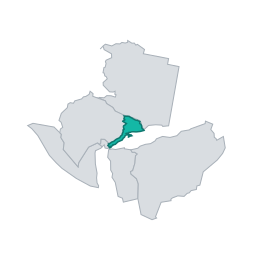 Eritrea highlighted among its neighbors, rotated 100°
{"feature_id": "ERI", "entity_name": "Eritrea", "entity_type": "country or territory", "adm_level": 0, "iso_a3": "ERI", "parent_name": "Africa", "parent_adm1": "", "projection": "robinson", "projection_center": [39.36, 15.191], "detail": "fine", "context": "with_neighbors", "style": "filled", "palette": "teal", "viewbox_px": 256, "rotation_deg": 100, "n_neighbors": 6, "source": "natural_earth", "source_scale": "50m", "svg_char_len": 5427}
<svg xmlns="http://www.w3.org/2000/svg" viewBox="0 0 256 256"><g transform="rotate(100 128 128)"><path d="M139.9,222.4L139.9,201.0L145.8,192.5L149.1,192.4L153.7,188.3L160.4,188.0L175.0,170.4L170.6,170.5L153.7,163.5L147.9,155.4L150.9,150.1L152.6,151.2L156.0,156.1L158.5,156.1L169.0,153.9L177.9,150.6L182.5,150.3L187.5,148.9L190.0,146.9L191.9,146.8L191.7,155.0L186.7,170.0L179.2,186.0L174.8,192.6L168.7,200.6L151.0,215.6L145.3,222.7L143.0,227.2L139.9,222.4Z" fill="#d9dde1" stroke="#a8b0b8" stroke-width="1"/><path d="M55.1,169.1L51.2,166.5L49.4,164.8L50.0,158.2L47.1,154.5L46.6,150.6L44.8,148.9L44.8,145.5L43.7,143.2L41.9,143.5L43.8,138.9L43.3,136.5L45.0,134.7L44.0,133.3L47.8,125.4L52.2,125.8L52.6,100.1L58.4,100.1L58.7,88.4L118.8,88.4L120.4,94.1L119.3,95.2L120.0,101.2L121.9,108.2L126.6,111.8L124.0,115.2L120.3,116.1L118.6,117.9L115.9,130.4L116.4,132.8L115.6,137.8L113.5,143.6L110.4,146.5L107.6,153.4L105.2,155.0L103.6,161.2L103.7,166.4L103.6,161.9L102.9,161.7L102.4,156.8L99.8,154.5L99.2,150.3L99.8,145.9L97.4,145.5L97.1,146.8L94.0,147.1L95.2,148.9L95.6,152.4L90.2,159.8L87.5,160.4L83.2,157.0L81.3,158.2L80.7,159.9L78.1,161.0L77.9,162.2L72.7,162.2L72.0,161.0L68.3,160.8L66.5,161.8L65.0,161.3L61.6,156.3L57.8,157.1L55.0,165.1L51.6,166.8L55.1,169.1Z" fill="#d9dde1" stroke="#a8b0b8" stroke-width="1"/><path d="M195.9,106.0L201.8,119.7L198.1,121.3L197.1,125.9L183.8,131.1L179.3,135.2L175.5,135.2L172.5,137.7L163.6,139.4L160.4,142.9L152.7,143.3L151.3,139.8L151.4,136.6L148.1,128.1L149.1,127.9L149.0,121.5L151.2,119.6L150.7,117.2L152.0,114.3L154.1,115.8L161.4,115.1L169.2,116.0L170.5,118.0L172.9,117.0L176.5,110.8L181.2,108.2L195.9,106.0Z" fill="#d9dde1" stroke="#a8b0b8" stroke-width="1"/><path d="M109.5,45.2L115.1,46.2L118.4,42.3L122.2,41.4L123.1,39.5L124.7,38.5L119.8,32.6L130.7,28.8L136.6,30.4L144.0,34.5L158.1,46.3L171.8,47.3L173.1,50.1L176.7,50.0L178.7,55.0L181.2,56.4L182.1,58.4L185.6,60.9L186.2,67.2L189.2,72.2L190.7,73.4L192.1,73.0L195.4,82.5L210.7,85.5L211.7,84.2L214.1,88.4L211.0,100.1L195.9,106.0L181.2,108.2L176.5,110.8L172.9,117.0L170.5,118.0L169.2,116.0L161.4,115.1L154.1,115.8L152.0,114.3L150.7,117.2L151.2,119.6L149.0,121.5L146.3,114.9L143.7,112.8L141.0,107.9L139.5,103.1L136.0,99.1L133.7,98.1L130.3,92.5L130.0,85.0L127.1,78.5L122.0,75.0L119.2,67.2L117.8,65.9L110.3,52.8L107.8,52.9L109.5,45.2Z" fill="#d9dde1" stroke="#a8b0b8" stroke-width="1"/><path d="M175.0,170.4L160.4,188.0L153.7,188.3L149.1,192.4L145.8,192.5L144.4,194.4L140.8,194.4L138.7,192.4L134.0,194.8L132.5,197.3L125.1,196.2L118.5,191.3L114.9,191.3L113.1,189.3L113.1,186.0L110.5,185.1L107.4,178.7L105.1,177.3L104.2,175.0L101.6,172.1L98.4,171.7L100.2,168.4L102.9,168.2L105.2,155.0L107.6,153.4L110.4,146.5L113.5,143.6L116.4,132.8L122.4,134.0L124.0,129.6L127.1,132.3L130.1,130.9L131.4,132.1L134.9,132.2L139.3,134.6L143.0,138.5L146.8,143.8L143.3,149.1L143.8,152.5L147.9,152.2L149.1,153.3L147.9,155.4L153.7,163.5L170.6,170.5L175.0,170.4Z" fill="#d9dde1" stroke="#a8b0b8" stroke-width="1"/><path d="M146.8,143.8L149.0,144.3L150.6,142.9L151.8,144.7L151.7,147.1L148.7,148.5L150.9,150.1L149.1,153.3L147.9,152.2L143.8,152.5L143.3,149.1L146.8,143.8Z" fill="#d9dde1" stroke="#a8b0b8" stroke-width="1"/><path d="M116.9,133.8L116.8,132.1L116.6,130.9L116.5,129.8L116.4,128.6L116.9,127.9L117.1,127.3L117.7,125.1L118.0,124.7L118.4,123.6L118.5,123.2L118.9,121.8L118.9,120.8L118.8,119.9L119.1,119.3L119.3,118.8L119.3,118.5L119.4,117.6L119.5,117.3L120.3,117.4L120.7,117.3L121.1,117.3L121.5,117.3L121.7,117.0L122.0,116.0L122.2,115.8L122.4,115.7L122.8,115.5L123.1,115.2L123.4,115.0L123.5,114.9L123.8,114.9L124.1,114.8L124.3,114.6L124.6,114.5L125.0,114.6L125.3,114.5L125.4,114.4L125.6,114.4L125.8,114.2L126.0,113.9L126.3,113.7L126.5,113.3L126.5,113.1L126.7,112.8L127.2,112.2L127.6,111.8L129.2,115.2L129.8,117.2L130.4,119.3L130.8,122.4L131.2,124.0L131.8,124.8L132.2,126.3L132.6,126.3L132.9,126.7L133.3,128.1L133.6,128.7L133.8,128.2L133.7,127.5L133.8,127.0L134.0,126.6L134.6,127.1L135.0,127.4L135.0,128.1L135.2,128.5L135.8,129.3L136.3,129.6L137.0,129.6L137.5,129.8L138.0,130.1L138.8,130.9L140.8,131.6L142.3,133.8L143.3,135.4L146.3,137.7L146.8,138.8L147.1,139.9L147.7,139.8L148.8,141.0L149.1,141.9L150.0,142.2L150.2,141.7L150.6,142.2L150.8,142.8L150.2,143.1L149.6,143.3L149.3,143.6L149.0,144.5L148.7,144.8L147.5,144.0L147.3,143.9L147.1,144.1L147.0,144.3L146.5,143.6L146.2,143.1L145.7,142.5L145.3,142.2L144.8,141.8L144.3,141.0L143.8,140.0L143.1,139.3L141.7,138.2L140.5,136.8L139.6,135.4L139.0,134.6L138.7,134.4L137.4,133.9L136.6,133.3L135.9,132.7L135.5,132.6L135.1,132.6L134.2,132.7L133.5,132.3L133.2,132.3L132.7,132.2L132.3,132.1L131.9,132.3L131.0,132.5L130.6,132.5L130.4,132.1L130.3,131.9L130.0,131.6L129.7,131.6L129.6,131.8L128.7,132.4L127.1,132.8L126.7,132.7L126.4,132.5L125.6,131.5L125.4,131.3L125.2,131.3L124.8,131.1L124.5,130.9L124.2,130.5L123.9,130.3L123.6,131.1L123.0,132.6L122.7,133.4L122.3,134.4L122.2,134.4L121.2,133.1L120.7,132.6L120.3,132.6L120.0,132.9L119.9,133.3L119.7,133.6L119.1,133.6L118.4,133.4L117.7,133.5L117.0,133.7L116.9,133.8ZM135.5,125.3L135.7,125.6L135.8,125.6L136.0,125.3L136.8,125.7L136.8,126.0L136.3,126.0L135.7,125.9L135.2,125.9L134.6,125.8L134.5,125.3L134.9,125.6L135.1,125.5L135.1,125.4L134.8,125.1L134.4,125.0L134.5,124.8L134.6,124.7L134.5,124.2L135.0,124.3L135.2,124.5L135.4,124.7L135.5,125.3ZM135.1,123.1L135.3,123.6L134.8,123.4L134.7,123.3L134.9,123.1L135.0,122.9L135.1,123.1Z" fill="#14b8a6" stroke="#0f766e" stroke-width="1.5"/></g></svg>